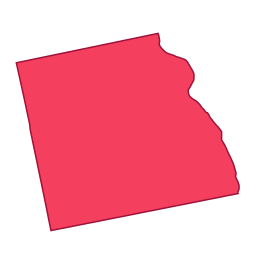 Adams, Illinois, United States of America (Robinson projection), rotated 168°
{"feature_id": "52423323B85732268037337", "entity_name": "Adams", "entity_type": "district", "adm_level": 2, "iso_a3": "USA", "parent_name": "United States of America", "parent_adm1": "Illinois", "projection": "robinson", "projection_center": [-91.398, 39.979], "detail": "fine", "context": "isolated", "style": "filled", "palette": "rose", "viewbox_px": 256, "rotation_deg": 168, "n_neighbors": 0, "source": "geoboundaries", "source_scale": "gbopen_adm2", "svg_char_len": 948}
<svg xmlns="http://www.w3.org/2000/svg" viewBox="0 0 256 256"><g transform="rotate(168 128 128)"><path d="M224.3,78.4L224.7,43.7L33.9,41.0L34.1,41.7L33.8,42.7L32.5,44.4L32.0,45.4L31.4,48.4L31.3,49.4L31.7,52.6L32.9,57.6L32.9,58.1L31.8,60.9L31.7,61.7L32.2,69.2L32.5,71.6L33.6,76.9L35.3,83.7L36.3,88.6L37.0,91.5L38.9,96.8L37.2,105.0L39.6,110.2L40.6,111.7L42.8,115.7L45.4,121.1L46.0,122.9L46.2,124.2L46.7,125.5L47.2,126.4L48.5,127.2L48.7,127.5L50.1,130.5L51.7,132.9L52.5,135.2L54.3,138.4L55.8,140.3L56.3,140.8L58.3,142.6L59.4,143.8L60.7,145.6L61.5,147.7L61.6,149.9L61.3,152.1L61.0,152.8L58.4,155.6L53.7,161.2L52.6,165.3L52.3,167.3L52.8,170.3L56.1,180.1L57.1,182.1L58.2,183.2L63.0,186.2L65.7,187.6L68.4,189.7L72.3,191.9L74.8,193.6L75.7,194.6L78.0,197.9L79.5,200.9L80.1,203.0L80.0,204.0L79.0,206.2L78.8,208.0L78.7,211.9L78.9,214.3L223.7,215.0L223.4,180.3L223.4,152.1L224.0,146.8L224.3,78.4Z" fill="#f43f5e" stroke="#9f1239" stroke-width="1.5"/></g></svg>